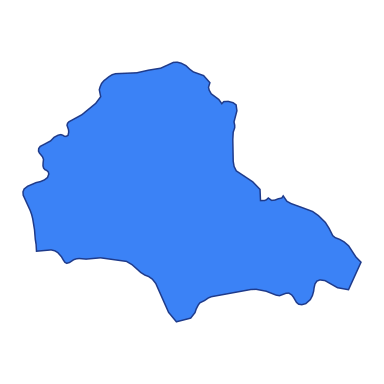 the County of Brasov
{"feature_id": "ROU-305", "entity_name": "Brasov", "entity_type": "County", "adm_level": 1, "iso_a3": "ROU", "parent_name": "Romania", "parent_adm1": "", "projection": "albers", "projection_center": [25.29, 45.778], "detail": "fine", "context": "isolated", "style": "filled", "palette": "blue", "viewbox_px": 384, "rotation_deg": 0, "n_neighbors": 0, "source": "natural_earth", "source_scale": "10m", "svg_char_len": 1949}
<svg xmlns="http://www.w3.org/2000/svg" viewBox="0 0 384 384"><path d="M204.6,300.5L199.9,302.8L198.3,304.9L196.2,309.0L195.0,312.6L190.7,318.1L176.4,321.8L168.6,312.4L155.8,283.5L152.4,279.2L148.6,276.5L144.9,275.1L140.8,272.5L132.1,264.7L126.5,261.4L100.5,257.8L86.1,259.1L79.2,258.5L76.4,258.8L73.7,259.7L69.5,262.5L66.7,263.3L64.9,262.3L63.2,259.8L61.5,256.8L57.8,252.6L54.8,250.8L51.1,249.9L36.5,251.2L36.1,244.4L35.3,239.4L34.5,229.7L32.7,218.7L31.7,214.7L30.3,210.7L23.2,195.2L23.0,191.8L24.2,188.9L27.7,186.2L36.1,182.6L40.4,181.6L44.4,179.9L47.5,177.5L48.8,174.0L48.2,171.8L46.6,170.4L45.0,169.7L43.6,168.1L43.0,165.9L43.1,163.0L43.5,159.4L42.5,156.8L39.4,153.0L38.5,151.1L38.7,148.5L40.2,146.4L50.6,140.9L54.1,137.3L58.1,135.2L60.8,134.6L62.7,135.2L64.5,136.3L66.0,136.4L68.0,135.4L68.7,132.2L68.5,129.7L67.0,125.2L67.6,123.2L69.0,121.7L81.9,114.7L95.7,103.4L100.7,96.7L99.3,89.7L100.1,86.9L101.6,83.4L103.9,80.7L109.1,76.6L112.2,74.7L115.6,73.7L136.8,72.8L148.4,70.2L160.7,68.2L173.4,62.4L177.3,62.2L181.2,63.2L186.0,65.7L189.8,69.3L193.3,71.9L203.6,75.6L209.9,82.7L208.5,87.3L209.2,90.2L211.2,93.8L218.8,99.5L221.8,103.7L223.8,101.6L228.3,101.4L233.1,102.7L236.1,104.9L236.9,110.8L234.0,121.9L234.7,125.2L234.7,127.7L233.2,132.2L232.8,139.6L233.2,161.3L234.1,166.5L236.3,170.9L252.7,181.8L260.0,189.4L260.5,200.6L264.7,200.5L266.5,199.7L268.3,198.0L271.6,200.4L274.9,200.1L278.2,198.8L281.8,198.0L283.2,195.9L286.9,201.3L290.9,203.5L312.6,211.5L318.4,215.6L325.4,222.5L329.1,228.4L332.7,235.6L335.1,237.6L339.7,239.4L344.1,241.9L348.6,245.8L355.9,257.0L361.0,262.2L348.5,289.7L337.5,287.7L325.0,280.6L319.9,279.9L316.9,281.1L315.0,283.9L314.1,287.7L313.6,291.3L312.4,295.6L310.3,299.6L305.8,303.6L301.8,304.7L298.6,304.2L296.5,302.4L293.4,297.1L291.7,294.9L288.8,293.1L285.9,293.3L279.5,295.7L276.1,295.1L266.1,291.2L256.2,289.3L250.8,289.5L211.4,296.7L208.4,297.9L204.6,300.5Z" fill="#3b82f6" stroke="#1e3a8a" stroke-width="1.5"/></svg>